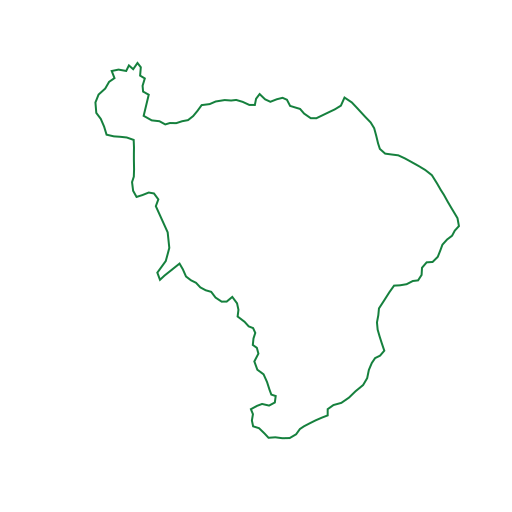 the district of Mato Castelhano, Rio Grande do Sul, Brazil, rotated 193°
{"feature_id": "56859067B22451204874775", "entity_name": "Mato Castelhano", "entity_type": "district", "adm_level": 2, "iso_a3": "BRA", "parent_name": "Brazil", "parent_adm1": "Rio Grande do Sul", "projection": "natural_earth1", "projection_center": [-52.187, -28.262], "detail": "fine", "context": "isolated", "style": "outline", "palette": "green", "viewbox_px": 512, "rotation_deg": 193, "n_neighbors": 0, "source": "geoboundaries", "source_scale": "gbopen_adm2", "svg_char_len": 2428}
<svg xmlns="http://www.w3.org/2000/svg" viewBox="0 0 512 512"><g transform="rotate(193 256 256)"><path d="M319.6,220.3L313.9,217.7L308.4,216.4L303.2,212.9L297.3,211.3L291.6,211.0L286.1,206.4L279.2,203.8L274.3,205.0L269.9,210.8L263.8,205.6L261.0,199.6L260.3,192.9L252.3,189.3L247.3,185.8L242.6,185.1L239.4,180.9L239.9,175.1L239.1,168.6L234.5,166.7L231.7,161.4L233.9,152.9L229.1,145.5L222.0,142.4L216.9,135.7L212.8,128.8L209.9,124.4L205.3,124.0L204.7,117.5L209.6,113.2L216.8,113.2L221.3,110.2L226.5,105.6L223.4,101.2L223.0,94.8L220.5,89.4L214.3,88.9L207.8,85.0L202.9,81.7L196.4,83.7L189.2,84.4L182.2,86.2L176.8,91.3L174.3,97.3L170.9,100.9L166.1,105.0L160.9,109.3L155.2,113.5L150.3,116.8L151.7,122.9L147.0,128.2L139.8,132.1L133.5,139.0L128.6,146.6L122.6,154.4L120.2,162.0L120.4,170.4L119.1,177.8L117.0,183.3L112.7,186.8L109.7,192.6L114.0,199.6L117.5,205.5L120.9,211.6L123.2,218.5L123.5,225.8L124.4,232.6L121.4,240.8L117.9,250.7L114.8,258.2L109.2,259.8L102.9,262.4L97.6,266.9L92.6,268.7L90.4,274.8L91.6,281.9L88.3,288.2L82.6,289.9L78.7,296.1L77.7,302.6L76.9,309.0L73.5,315.1L69.5,319.9L68.0,325.5L65.0,330.8L68.2,338.2L72.8,343.0L76.3,346.6L81.4,352.0L86.7,357.9L90.9,362.0L95.8,367.3L102.8,374.3L110.5,377.9L118.2,380.4L132.9,384.6L140.0,386.1L146.8,385.4L153.2,384.8L159.4,388.2L162.4,393.2L165.9,400.2L169.6,407.1L174.3,411.9L180.8,416.1L190.0,422.4L197.2,427.2L205.4,430.3L207.1,421.6L212.3,416.5L216.6,413.1L228.2,403.8L233.7,402.6L241.2,405.6L246.1,409.2L256.5,409.9L261.0,415.2L265.7,416.1L271.0,413.4L276.7,409.5L282.4,410.7L288.9,414.6L291.3,409.2L291.1,402.9L296.5,401.7L303.7,403.2L310.4,403.6L315.2,401.9L321.6,400.9L330.0,397.5L335.3,393.6L342.9,390.8L345.7,384.2L348.7,378.2L352.8,373.1L358.3,370.7L363.6,367.5L369.8,366.2L374.0,363.8L380.4,365.6L388.1,364.7L397.0,367.3L396.8,389.0L403.0,390.8L404.8,396.3L404.3,404.0L409.5,405.7L410.7,414.0L414.9,417.4L417.7,410.4L422.7,413.1L424.1,407.1L431.9,406.7L438.2,403.8L433.9,397.5L438.3,392.7L440.6,385.2L445.7,377.9L447.0,369.5L443.8,359.5L438.1,354.7L433.1,347.9L428.9,340.6L421.4,340.6L415.2,341.6L408.6,342.4L401.3,341.6L399.3,334.3L398.1,328.7L396.6,322.2L394.3,313.0L392.9,305.8L393.4,300.1L390.4,291.9L385.7,286.7L380.4,289.8L374.8,293.7L369.5,294.0L363.9,289.2L364.8,282.0L347.4,259.2L342.3,244.4L342.5,238.1L342.8,230.8L345.2,225.1L348.4,217.6L344.2,211.2L340.7,216.4L328.8,231.4L324.3,226.6L319.6,220.3Z" fill="none" stroke="#15803d" stroke-width="2"/></g></svg>